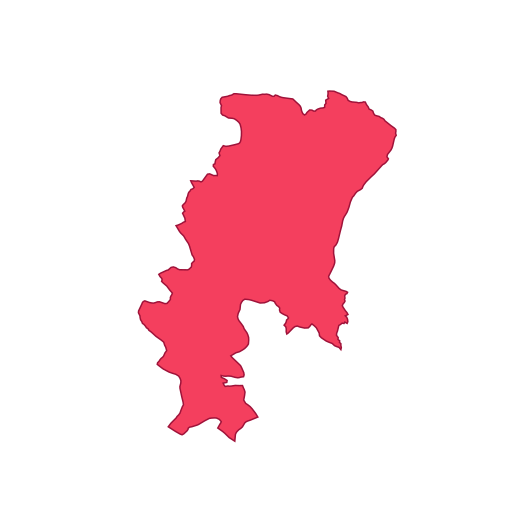 Khwisero, Western, Kenya, rotated 308°
{"feature_id": "3690345B3814928417926", "entity_name": "Khwisero", "entity_type": "district", "adm_level": 2, "iso_a3": "KEN", "parent_name": "Kenya", "parent_adm1": "Western", "projection": "equal_earth", "projection_center": [34.567, 0.147], "detail": "fine", "context": "isolated", "style": "filled", "palette": "rose", "viewbox_px": 512, "rotation_deg": 308, "n_neighbors": 0, "source": "geoboundaries", "source_scale": "gbopen_adm2", "svg_char_len": 6142}
<svg xmlns="http://www.w3.org/2000/svg" viewBox="0 0 512 512"><g transform="rotate(308 256 256)"><path d="M109.8,244.9L109.8,250.9L109.9,252.8L111.0,258.9L112.2,262.5L113.4,265.6L113.8,269.0L112.8,271.6L111.4,273.7L109.5,275.0L106.3,276.4L104.9,277.6L99.6,283.9L95.9,288.6L94.0,290.5L92.1,290.7L88.4,291.8L85.4,292.8L83.2,292.9L80.9,292.6L79.3,292.8L71.8,291.9L67.4,292.0L68.2,300.6L69.0,306.0L69.6,307.8L71.4,308.6L75.8,309.3L77.4,309.2L78.6,308.6L80.2,309.0L82.0,310.6L86.8,313.9L88.0,314.5L94.5,317.0L99.3,319.2L100.7,320.5L102.9,323.0L104.0,324.6L104.7,327.7L104.1,330.6L102.8,331.0L101.3,331.1L96.9,331.8L97.2,337.8L97.1,340.5L96.4,346.7L97.0,353.3L102.8,349.6L104.5,349.2L105.8,349.1L108.5,349.4L110.6,350.1L113.0,350.5L117.5,349.9L119.1,350.2L120.6,350.9L123.2,352.6L130.2,356.6L131.7,352.7L133.2,347.1L133.7,344.1L133.7,341.1L133.5,338.6L134.9,335.0L139.0,332.9L142.0,331.1L143.4,329.1L144.2,327.5L145.6,325.1L143.5,322.5L141.2,319.3L138.4,316.7L137.1,315.3L136.3,313.9L134.2,312.0L134.7,310.0L135.6,308.4L138.4,310.8L140.1,309.9L139.8,306.6L139.0,303.4L140.4,302.1L141.3,304.1L142.5,306.0L144.2,307.8L145.9,310.3L147.5,314.2L148.8,316.6L149.9,317.7L151.1,318.5L153.2,320.5L155.0,319.8L156.6,318.1L159.1,313.5L160.1,311.3L160.4,308.7L161.3,299.8L161.8,297.6L167.3,299.7L170.4,301.9L173.6,303.2L176.0,304.0L178.2,304.3L180.0,304.4L182.0,304.2L185.3,302.0L187.3,300.3L188.9,298.0L189.9,296.1L191.4,291.3L192.6,289.4L193.5,286.4L194.6,282.2L195.5,280.4L196.9,278.7L199.8,277.3L204.0,276.3L208.3,273.6L210.5,273.1L212.9,273.0L215.1,273.8L217.3,277.3L218.3,279.5L221.5,288.2L224.4,291.5L227.5,293.4L229.6,294.1L230.9,296.5L231.4,298.8L230.6,300.3L229.9,302.8L230.0,304.9L229.6,306.7L227.9,307.8L226.6,309.7L226.8,312.3L227.3,315.0L228.0,317.4L227.2,319.7L225.8,319.8L224.4,319.5L223.0,320.2L221.4,320.7L218.8,320.7L218.5,323.1L217.2,324.7L214.8,326.5L213.5,328.3L215.2,328.8L222.4,329.6L224.3,330.1L226.2,331.6L227.0,334.2L229.1,338.6L231.5,341.4L233.7,341.7L235.5,341.6L236.9,341.9L236.9,344.9L236.6,347.7L234.2,353.2L232.2,355.2L231.8,357.9L232.2,363.6L232.8,366.0L234.0,369.9L233.7,373.1L234.3,375.4L235.1,377.7L234.5,380.5L236.4,379.6L237.6,378.1L239.2,376.8L239.3,375.0L240.7,374.2L240.7,372.0L242.3,371.0L243.1,368.2L245.0,367.0L246.8,366.5L252.3,364.0L253.9,364.7L256.1,365.2L257.0,366.9L258.6,366.7L259.0,369.3L260.8,368.8L262.5,367.1L263.6,365.2L263.8,363.2L266.5,364.5L267.4,362.5L267.9,360.1L269.3,356.0L270.0,354.6L271.8,354.1L273.8,354.2L275.3,353.9L276.2,352.5L277.5,352.1L279.2,350.4L281.0,350.1L282.3,350.8L283.8,350.5L283.6,348.8L281.7,344.1L281.6,341.5L282.5,336.5L282.7,334.5L282.6,332.3L282.8,329.6L283.4,327.2L284.8,325.7L290.4,324.6L295.8,323.4L297.6,322.8L299.1,322.2L300.8,321.0L305.9,315.5L308.9,313.2L310.1,312.4L311.6,311.9L313.5,312.2L315.8,311.9L317.2,311.6L320.5,310.3L327.5,307.1L332.3,305.1L337.0,302.7L339.6,301.7L341.7,301.3L345.0,301.0L346.9,300.7L351.4,299.3L356.7,297.1L361.7,295.8L363.3,296.0L366.9,295.8L369.3,296.0L372.7,297.5L374.8,298.0L376.6,297.4L378.6,297.1L382.4,297.1L388.8,297.9L393.6,298.7L404.4,299.4L406.1,299.6L407.6,300.3L409.4,300.7L412.8,300.8L414.1,300.5L414.8,298.1L416.9,297.1L422.6,297.1L424.7,296.7L426.7,296.0L433.3,292.9L435.2,292.3L437.4,292.2L438.7,290.4L440.2,289.6L441.7,288.4L442.0,286.3L441.8,282.0L441.9,274.5L442.5,272.6L442.4,270.9L441.9,269.2L441.8,267.1L440.8,264.9L440.1,262.9L440.8,260.8L442.1,258.9L442.0,256.8L441.4,254.7L442.6,252.5L443.1,250.5L443.8,248.8L444.6,247.4L443.6,245.8L442.3,245.1L441.1,243.7L439.9,242.7L439.1,240.8L436.5,236.8L435.7,234.9L435.4,232.7L436.5,230.7L437.0,228.7L436.0,224.4L435.6,221.8L435.0,220.2L433.9,216.1L431.2,212.3L430.1,211.2L428.9,212.4L427.4,213.4L426.0,214.1L424.9,216.2L421.7,215.0L419.3,217.2L417.4,217.1L415.3,218.6L413.8,217.5L412.1,215.7L409.9,214.3L408.2,213.6L406.8,213.6L405.7,212.3L405.4,210.3L404.1,208.4L400.5,207.8L398.7,208.0L397.0,207.4L397.0,205.3L397.9,203.5L398.8,202.1L400.3,200.5L401.3,198.7L401.7,196.7L402.0,192.4L402.2,190.7L402.4,188.3L397.8,180.5L396.8,178.6L396.0,176.4L395.6,174.2L394.7,172.1L392.9,171.9L392.0,170.7L391.2,166.9L390.1,164.7L388.6,163.1L387.6,161.6L384.5,159.1L383.2,157.8L379.8,153.3L376.6,148.4L371.6,140.4L370.3,138.7L367.7,137.7L366.2,136.4L364.5,135.4L360.2,131.6L358.0,131.5L356.3,132.2L354.7,133.3L353.3,136.2L351.4,137.1L347.0,140.6L346.5,142.9L347.3,145.1L347.8,149.3L349.9,152.5L350.8,154.4L351.0,157.4L350.8,160.2L350.1,162.3L347.8,165.3L345.2,167.9L341.9,170.4L338.4,172.5L336.5,173.3L334.8,173.5L333.5,172.9L330.6,170.7L325.8,166.8L323.8,164.7L322.8,162.3L318.7,162.4L316.4,163.1L314.5,163.4L312.9,165.8L310.2,165.7L307.1,165.0L305.3,165.8L303.3,166.9L301.9,166.1L300.4,167.1L299.8,169.9L299.1,171.7L297.9,173.8L297.0,175.0L295.5,176.0L294.3,174.3L293.3,173.2L292.2,168.9L290.6,167.4L281.9,167.7L280.5,167.0L280.1,165.2L279.3,163.8L278.1,162.7L275.1,158.3L274.1,160.1L272.0,165.1L270.0,164.8L268.4,163.8L266.3,164.0L264.8,163.8L263.4,164.2L260.7,165.4L259.1,165.7L256.0,167.2L254.2,167.4L251.5,167.0L250.1,167.1L249.2,168.4L247.5,172.3L246.2,171.9L244.5,171.8L242.0,176.7L239.7,179.1L237.9,178.0L236.2,177.5L234.0,176.4L232.2,175.4L230.7,174.3L228.2,180.7L227.7,182.8L227.3,186.6L226.6,188.4L225.9,190.0L224.2,195.2L222.8,197.6L217.5,205.0L216.9,207.1L215.5,209.6L213.9,210.4L212.1,210.0L210.4,209.9L208.9,211.1L207.5,211.8L204.5,211.4L203.0,210.7L198.1,204.2L197.5,202.1L197.4,200.0L196.5,197.6L194.7,196.1L190.9,195.4L189.6,194.4L185.5,192.3L183.8,191.4L181.7,190.7L180.7,193.1L180.3,195.5L179.4,196.7L177.9,197.2L177.6,199.5L177.4,204.2L176.1,208.8L175.3,212.9L173.6,213.5L172.2,213.6L170.7,214.0L169.0,215.3L167.0,215.3L163.9,215.1L162.4,213.6L160.5,208.1L159.1,206.5L157.3,205.4L155.7,204.2L154.5,202.2L153.7,200.5L152.2,196.0L150.7,195.2L149.3,195.2L147.9,195.6L140.4,197.3L138.9,198.3L137.4,201.4L136.1,202.6L134.7,204.3L134.0,206.4L133.0,208.0L133.1,209.8L132.7,211.9L132.0,213.9L132.2,215.6L131.5,217.4L131.6,219.8L131.5,221.8L131.1,226.6L131.4,233.2L131.3,236.3L129.5,238.9L128.5,241.1L126.4,243.9L123.8,243.9L120.2,244.8L118.6,244.7L117.0,244.3L115.3,244.2L113.8,244.4L111.2,244.2L109.8,244.9Z" fill="#f43f5e" stroke="#9f1239" stroke-width="1.5"/></g></svg>